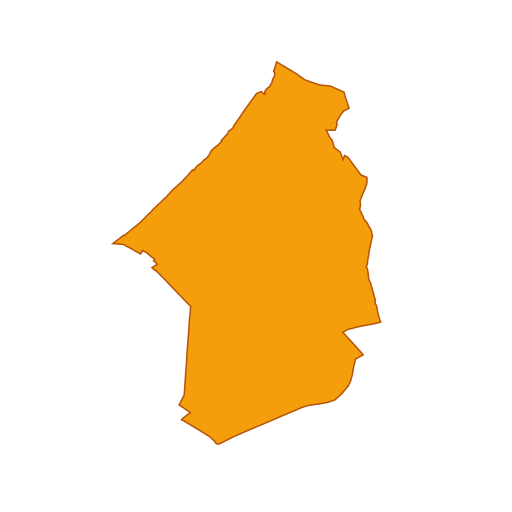 La Paz, México, Mexico (Robinson projection), rotated 289°
{"feature_id": "50627088B44247269931048", "entity_name": "La Paz", "entity_type": "district", "adm_level": 2, "iso_a3": "MEX", "parent_name": "Mexico", "parent_adm1": "México", "projection": "robinson", "projection_center": [-98.953, 19.364], "detail": "fine", "context": "isolated", "style": "filled", "palette": "amber", "viewbox_px": 512, "rotation_deg": 289, "n_neighbors": 0, "source": "geoboundaries", "source_scale": "gbopen_adm2", "svg_char_len": 5032}
<svg xmlns="http://www.w3.org/2000/svg" viewBox="0 0 512 512"><g transform="rotate(289 256 256)"><path d="M145.5,377.4L147.9,378.7L150.2,380.1L151.3,380.7L152.1,381.1L152.5,381.4L152.8,381.5L153.1,381.7L163.2,385.5L168.1,386.1L171.2,386.0L174.3,385.8L183.1,384.4L191.0,383.7L192.6,385.2L197.4,389.4L198.7,387.6L199.9,385.3L200.6,384.0L201.7,382.1L202.8,380.1L204.1,377.7L206.3,373.8L206.5,373.4L208.0,370.5L208.6,369.5L210.5,366.0L210.6,365.9L212.1,363.0L215.8,366.1L216.5,366.9L217.6,368.4L219.4,371.3L221.3,374.0L224.2,378.8L226.5,382.9L229.5,388.3L232.1,392.4L233.1,394.0L233.7,394.9L234.0,395.4L234.6,395.2L235.6,394.1L240.3,390.7L242.0,389.7L248.4,386.0L249.0,385.4L249.3,384.7L249.6,384.5L251.3,383.4L252.8,383.4L253.9,382.7L260.8,377.9L268.3,372.6L269.6,371.1L270.9,370.1L272.6,369.3L274.3,368.6L275.7,367.8L277.1,367.1L278.6,366.4L280.3,365.3L280.7,365.0L281.7,363.7L284.5,364.0L287.4,363.2L287.8,363.1L291.1,362.6L292.4,362.4L294.2,362.1L297.6,361.5L298.1,361.3L312.9,359.6L314.5,358.3L317.1,357.1L319.2,355.1L320.6,353.0L323.1,350.8L324.3,349.2L326.1,345.9L328.2,344.4L333.7,338.9L337.9,338.3L342.0,336.5L342.1,336.4L348.6,336.7L354.4,337.1L359.9,337.3L363.9,336.3L366.5,335.2L366.8,328.9L371.2,322.4L373.9,318.6L379.2,310.8L379.9,307.1L375.5,307.0L381.8,301.7L382.5,299.0L384.0,295.1L385.8,293.4L390.4,290.3L391.0,288.9L392.8,286.5L397.9,281.4L400.6,289.8L402.8,289.9L407.2,289.8L408.5,288.5L413.6,289.4L417.7,290.3L421.6,291.7L426.1,295.9L432.7,290.8L436.0,288.2L439.6,285.9L440.9,271.0L438.4,260.1L438.4,245.2L441.6,234.1L446.3,212.3L440.6,212.5L436.5,212.5L435.6,213.7L433.4,214.7L431.8,214.8L430.8,214.8L429.6,214.3L428.0,214.2L426.4,214.5L425.2,214.5L424.1,214.4L422.7,214.0L421.8,214.1L420.8,213.5L419.6,213.2L418.4,212.1L416.5,211.3L415.5,211.1L415.0,210.9L414.6,210.8L414.2,210.8L413.4,211.1L411.9,211.7L411.8,211.2L411.8,210.8L411.9,210.4L412.2,209.7L413.0,208.2L413.1,207.8L413.1,207.3L412.8,206.8L410.9,205.0L410.1,203.7L405.9,202.4L398.0,200.0L387.7,197.0L386.0,196.5L384.6,196.1L383.9,196.0L381.3,195.3L375.2,193.6L371.7,192.6L371.2,192.8L370.5,192.6L370.0,192.4L369.0,192.3L368.0,191.5L366.7,190.8L366.0,190.1L365.1,189.5L362.8,189.4L353.9,185.6L353.4,186.4L351.3,185.3L350.9,185.1L350.5,184.9L349.4,184.3L348.4,183.8L348.2,183.7L346.0,182.2L344.1,181.0L343.3,180.5L342.7,180.3L341.6,179.8L340.9,179.4L340.1,179.3L336.9,178.9L336.0,178.7L334.1,178.0L333.3,177.9L332.4,177.5L330.8,176.2L329.0,175.1L328.1,174.9L327.8,174.8L327.0,174.5L326.5,174.1L326.0,173.7L325.5,173.5L322.6,171.4L320.9,170.6L318.0,169.6L316.5,169.3L316.7,167.9L313.0,166.4L309.6,165.1L301.8,161.5L300.7,160.9L294.5,157.4L292.4,156.2L290.8,155.5L289.3,154.7L289.2,155.0L285.1,152.8L283.6,152.7L282.0,151.5L281.6,151.3L280.7,150.8L279.9,150.4L278.4,149.7L277.9,149.5L276.6,148.8L274.8,147.9L273.1,146.9L271.8,146.3L270.1,145.4L267.5,144.0L266.4,143.4L264.8,142.8L263.3,142.2L262.3,141.8L261.0,140.9L260.6,140.7L260.3,140.6L257.7,139.3L254.7,137.9L249.2,135.1L248.8,134.9L232.1,124.5L232.4,124.0L232.2,123.9L221.2,116.6L223.5,125.9L223.8,127.0L222.7,132.4L222.8,132.8L222.2,136.1L221.8,138.1L220.7,143.9L220.5,145.4L220.3,146.2L221.5,146.4L222.0,146.5L224.2,146.9L224.1,147.9L223.9,149.0L223.8,150.2L223.5,152.1L223.2,152.3L222.2,154.9L222.0,155.1L221.6,156.2L220.8,158.8L219.9,161.5L218.6,160.9L218.1,160.7L217.8,161.5L217.5,162.2L217.1,163.3L216.2,165.4L215.3,164.8L214.0,163.6L213.0,162.9L211.2,161.4L210.1,163.9L209.5,165.3L209.6,166.1L208.2,169.2L206.5,172.5L205.7,174.2L204.9,175.8L204.6,176.4L203.8,177.9L197.8,189.5L197.0,191.1L194.9,195.1L193.6,197.7L192.4,200.1L191.9,200.9L187.0,210.8L185.7,210.9L184.0,211.4L180.1,212.5L179.2,212.7L178.2,212.9L177.7,213.0L177.1,213.1L176.6,213.2L174.5,213.7L174.2,213.8L173.3,214.0L169.9,214.9L169.7,215.0L167.5,215.6L166.9,215.8L164.8,216.4L163.1,216.8L162.6,217.0L161.7,217.2L161.0,217.4L159.9,217.6L159.0,217.9L157.4,218.3L157.2,218.3L156.9,218.4L156.0,218.6L154.4,219.1L153.4,219.4L152.2,219.6L151.1,219.9L149.6,220.3L149.0,220.5L148.1,220.7L146.0,221.3L145.1,221.5L144.2,221.7L143.1,222.1L142.9,222.1L141.0,222.6L139.5,223.0L139.0,223.1L138.5,223.3L134.9,224.3L132.8,224.9L131.8,225.2L131.3,225.3L130.9,225.4L129.3,225.8L128.6,226.0L126.8,226.5L125.5,226.8L124.8,227.0L123.2,227.4L121.4,227.9L120.7,228.1L118.8,228.6L116.7,229.2L114.8,229.7L114.7,229.8L114.4,229.8L112.9,230.2L112.7,230.3L111.4,230.6L110.7,230.8L109.9,231.0L108.6,231.4L108.4,231.4L107.2,231.8L106.5,232.0L105.9,232.1L102.9,232.9L100.9,233.4L99.6,233.1L97.7,232.8L96.4,232.7L94.6,232.4L94.3,232.4L91.6,232.0L90.0,231.8L89.5,234.0L89.0,236.2L88.5,238.0L86.7,244.9L85.4,244.0L83.7,242.9L80.4,240.7L78.7,239.6L78.3,239.4L76.2,238.8L76.6,239.2L76.8,241.3L76.3,242.7L74.7,250.4L72.4,261.0L70.0,271.3L67.2,277.4L66.2,278.3L65.8,279.6L65.7,281.5L66.8,282.8L68.9,285.0L73.8,289.7L77.9,293.7L85.2,301.6L91.2,308.3L94.8,312.3L99.3,317.3L105.4,324.1L107.9,326.8L113.0,332.4L117.2,337.0L123.6,344.2L127.9,348.9L131.8,354.2L134.3,359.2L137.1,364.6L140.9,371.4L145.5,377.4Z" fill="#f59e0b" stroke="#b45309" stroke-width="1.5"/></g></svg>